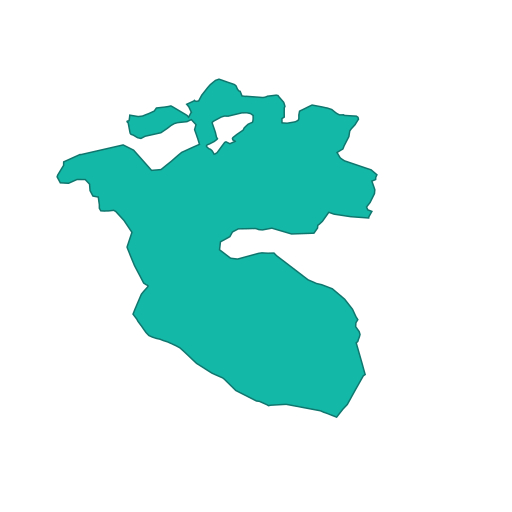 the district of Hazm Al Odayn, Ibb, Yemen, rotated 246°
{"feature_id": "15242507B15559631909516", "entity_name": "Hazm Al Odayn", "entity_type": "district", "adm_level": 2, "iso_a3": "YEM", "parent_name": "Yemen", "parent_adm1": "Ibb", "projection": "albers", "projection_center": [43.968, 14.112], "detail": "fine", "context": "isolated", "style": "filled", "palette": "teal", "viewbox_px": 512, "rotation_deg": 246, "n_neighbors": 0, "source": "geoboundaries", "source_scale": "gbopen_adm2", "svg_char_len": 5048}
<svg xmlns="http://www.w3.org/2000/svg" viewBox="0 0 512 512"><g transform="rotate(246 256 256)"><path d="M114.2,206.5L113.7,208.8L109.7,219.4L108.2,223.3L88.4,251.9L85.2,254.8L85.0,255.2L76.0,264.1L80.8,273.2L83.2,279.0L93.8,293.0L94.0,293.3L102.9,305.3L103.3,307.3L103.3,307.5L108.1,308.2L114.0,309.1L135.9,312.2L136.5,314.2L138.1,315.6L140.0,317.5L142.0,319.1L145.0,319.5L150.9,318.3L154.4,320.1L156.4,323.1L159.9,322.6L168.1,322.5L180.5,319.4L195.0,312.4L196.8,310.6L200.7,306.7L203.1,304.3L206.4,299.9L208.5,298.1L213.0,293.9L224.6,287.6L247.9,274.9L251.4,273.6L253.7,268.0L256.5,262.6L257.4,259.3L260.7,237.9L264.3,231.9L269.4,229.1L274.6,226.3L275.1,226.0L276.5,225.2L282.1,228.5L283.4,229.3L284.3,240.0L287.5,244.2L287.7,246.5L288.0,250.9L284.9,258.2L282.6,263.8L282.2,264.7L282.1,264.8L281.7,265.9L281.3,266.6L281.2,267.0L278.9,269.4L277.2,272.6L275.0,281.8L261.7,297.4L255.8,312.0L253.3,318.2L256.5,323.6L258.9,324.9L259.3,326.8L260.7,330.8L261.7,332.5L265.8,339.4L266.3,340.3L262.5,344.3L253.4,358.5L244.9,374.4L245.9,375.0L249.6,380.0L252.7,376.9L255.8,376.9L256.7,378.6L258.5,382.0L264.8,389.6L268.2,391.5L271.3,391.8L277.3,392.3L277.2,396.4L279.2,397.4L281.0,399.5L287.9,396.2L292.0,391.7L307.0,375.5L310.3,373.4L311.6,372.8L313.3,372.6L317.6,372.1L318.2,376.6L318.4,378.8L319.8,380.3L320.8,381.3L327.3,389.4L330.1,391.2L332.2,392.6L332.4,393.0L333.4,394.7L335.7,400.0L336.5,401.1L338.6,404.2L339.2,405.2L340.4,405.5L341.4,405.5L343.0,404.5L345.1,400.4L348.6,393.7L349.3,393.5L351.0,389.6L353.6,387.6L355.8,386.4L359.0,384.8L362.2,381.3L363.2,379.8L363.9,378.9L364.7,377.8L365.3,377.0L370.9,368.9L371.1,368.6L371.0,364.7L370.9,362.4L370.7,357.6L370.7,356.5L370.6,354.7L367.4,352.5L364.2,351.1L362.9,349.9L362.7,348.2L362.6,346.7L363.1,344.4L363.4,343.3L363.6,342.5L364.6,338.5L367.0,334.0L367.1,333.9L371.0,335.6L371.4,338.3L373.7,339.3L376.0,340.3L378.8,341.6L379.9,342.1L380.7,343.1L380.9,343.3L383.8,343.7L385.2,343.8L392.4,341.6L393.6,341.4L394.7,340.0L395.3,338.0L397.3,331.5L397.3,331.1L397.3,329.8L397.5,328.4L398.0,326.7L406.0,311.8L406.1,311.1L406.3,310.9L407.9,308.3L408.2,308.3L412.9,308.5L413.6,307.6L415.5,307.0L417.1,306.9L419.4,307.0L421.3,306.1L422.6,304.8L426.0,301.1L430.2,296.7L432.6,294.1L432.9,290.4L431.2,284.2L430.8,283.2L429.3,280.0L426.8,275.3L425.1,272.0L421.0,266.7L421.4,264.9L421.7,264.1L422.2,263.5L423.2,263.0L422.9,262.5L422.8,254.4L419.6,255.3L413.6,255.4L413.6,255.2L410.2,250.9L412.4,250.2L413.2,249.7L426.2,240.5L427.7,239.3L428.3,236.4L429.4,232.4L429.7,231.6L430.5,229.1L430.8,228.1L431.1,227.2L431.7,225.2L429.8,222.0L429.7,216.1L429.9,212.8L430.0,209.2L431.3,205.1L436.0,198.0L434.1,196.9L431.4,195.2L431.2,194.6L431.4,194.0L431.6,193.3L431.3,192.9L430.5,192.9L429.7,193.4L420.4,191.2L419.2,191.0L418.0,191.3L416.3,193.1L412.3,195.9L410.2,198.7L410.5,203.4L407.5,218.2L407.3,219.3L408.7,227.0L409.8,231.4L410.2,235.2L409.8,238.3L409.0,240.9L406.8,247.6L406.9,249.9L406.9,251.1L406.9,252.4L400.4,254.6L396.4,251.3L391.2,250.9L388.1,250.6L387.5,250.6L381.0,249.8L381.0,239.8L380.9,233.6L380.9,230.3L379.8,226.3L378.6,222.3L377.3,218.2L376.8,216.5L375.9,213.0L375.7,212.2L374.1,206.3L373.6,204.4L374.8,200.8L376.7,195.4L387.5,192.0L401.3,187.6L402.5,187.2L411.5,179.8L419.9,136.9L420.3,136.6L420.2,118.6L418.8,117.9L417.0,117.1L415.6,115.0L410.6,107.8L409.2,106.5L402.4,107.0L402.2,107.5L398.7,114.3L398.7,123.6L395.3,131.1L389.3,133.2L388.9,133.0L383.2,131.0L377.1,131.4L374.0,135.9L369.9,134.7L366.7,133.8L363.3,132.3L360.4,132.6L358.6,136.1L358.1,137.6L357.2,139.6L355.7,144.3L355.7,144.5L353.7,146.0L342.0,149.9L340.1,150.2L328.1,152.3L316.8,142.0L316.5,141.8L315.1,141.7L309.4,141.5L307.8,141.4L296.6,141.1L284.8,141.9L278.1,142.3L276.9,142.4L274.6,143.9L274.5,144.0L274.3,144.1L273.6,144.8L272.9,145.2L272.2,145.0L271.5,143.8L269.4,139.1L267.8,135.9L267.5,135.5L259.7,127.1L258.0,125.3L257.3,124.5L252.9,120.0L246.4,121.5L245.3,121.5L244.3,121.6L239.3,122.7L239.1,122.8L234.7,123.6L230.8,124.4L226.9,125.8L224.1,128.3L221.2,131.5L219.1,134.4L216.5,136.9L213.4,140.4L206.7,146.3L203.1,149.1L198.9,151.0L195.1,152.6L187.1,155.9L182.1,158.0L166.9,168.1L166.7,168.3L164.1,170.6L158.3,175.9L156.5,176.9L143.5,182.0L141.4,182.8L136.1,187.1L123.4,197.4L121.8,200.0L115.6,205.6L114.2,206.5ZM378.4,267.7L378.8,268.5L380.6,268.2L385.0,269.1L385.9,269.2L387.6,269.4L394.8,270.0L395.9,270.3L396.1,271.0L396.5,272.7L397.1,280.7L396.7,284.1L395.1,287.4L392.5,301.4L390.5,306.0L388.4,308.9L385.5,310.6L384.9,310.2L383.9,309.8L382.3,309.1L380.8,308.2L379.6,307.2L379.6,306.7L379.6,305.1L379.6,304.1L379.6,303.8L379.6,302.4L378.6,299.4L377.8,297.3L376.3,295.6L376.1,294.8L374.8,287.8L373.6,283.2L373.0,282.3L372.5,282.2L371.8,282.1L371.3,282.1L370.6,282.8L369.3,283.7L369.2,283.7L369.2,278.7L369.2,277.8L372.5,275.0L372.5,273.9L372.5,273.6L369.6,268.4L366.2,262.5L365.9,260.2L366.0,259.1L367.7,259.0L370.3,258.6L372.1,257.7L373.0,256.7L374.4,256.0L375.6,255.5L376.4,255.4L377.1,255.8L377.4,257.0L377.3,258.9L377.5,262.5L377.6,264.4L378.4,267.7Z" fill="#14b8a6" stroke="#0f766e" stroke-width="1.5"/></g></svg>